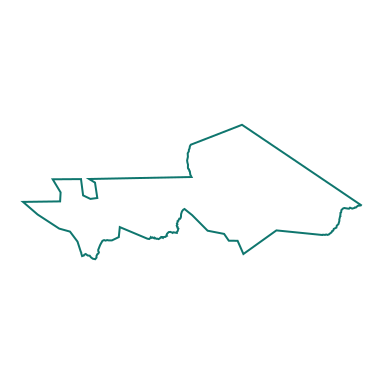 outline of Imbonggu District, Southern Highlands, Papua New Guinea
{"feature_id": "67681753B40256229749398", "entity_name": "Imbonggu District", "entity_type": "district", "adm_level": 2, "iso_a3": "PNG", "parent_name": "Papua New Guinea", "parent_adm1": "Southern Highlands", "projection": "orthographic", "projection_center": [143.894, -6.148], "detail": "fine", "context": "isolated", "style": "outline", "palette": "teal", "viewbox_px": 384, "rotation_deg": 0, "n_neighbors": 0, "source": "geoboundaries", "source_scale": "gbopen_adm2", "svg_char_len": 2026}
<svg xmlns="http://www.w3.org/2000/svg" viewBox="0 0 384 384"><path d="M361.0,205.1L289.5,156.8L242.0,124.8L205.5,139.0L190.8,144.7L189.9,146.2L189.5,148.6L188.9,149.7L188.8,151.4L187.7,153.3L187.9,156.9L187.1,160.4L187.4,162.5L188.0,164.7L187.9,167.3L188.1,168.6L189.0,169.3L189.3,170.9L189.8,171.2L190.3,174.7L191.5,177.0L89.1,179.0L95.0,182.6L97.3,198.0L90.4,198.9L83.1,195.4L81.0,179.1L52.7,179.3L60.6,192.4L60.1,201.4L23.0,201.9L37.6,214.5L59.2,228.6L70.0,231.6L77.5,241.6L80.8,251.8L81.2,252.4L81.3,253.6L82.1,256.1L83.9,255.5L84.3,254.7L85.7,254.0L87.7,255.5L89.7,255.7L90.9,257.3L92.8,258.7L95.2,259.2L96.5,257.6L96.5,255.9L97.4,254.1L98.3,253.6L98.9,252.2L98.3,251.3L98.2,249.9L100.1,245.1L101.1,243.2L102.5,240.8L104.1,240.1L105.5,240.6L107.1,240.1L108.7,240.4L111.9,240.4L118.8,237.1L119.8,227.1L147.4,238.7L149.2,239.0L150.3,238.1L150.8,237.1L151.8,237.9L152.6,237.4L154.2,238.3L154.6,237.7L156.3,238.8L157.5,238.7L158.5,239.1L159.5,238.6L160.9,237.3L162.3,237.7L162.0,237.0L164.0,237.1L164.5,236.9L165.5,236.9L166.3,236.0L166.9,235.8L166.5,235.1L167.1,233.7L168.7,232.1L170.4,231.9L171.5,232.4L172.3,232.5L172.7,232.9L173.5,232.3L176.8,232.9L176.8,232.1L177.5,231.4L178.4,228.6L177.6,228.0L177.7,227.1L177.1,226.8L176.7,225.5L177.4,224.5L176.9,223.6L177.5,222.5L177.6,221.1L178.3,220.9L178.6,220.0L179.3,218.7L180.0,218.8L180.7,217.8L181.0,216.5L181.0,215.5L181.1,214.1L181.9,211.6L182.4,210.8L183.3,209.7L184.5,209.0L192.1,215.1L207.6,230.7L224.1,233.9L228.8,240.7L237.6,240.8L243.4,254.0L276.4,230.4L279.4,230.7L282.4,231.0L322.4,235.0L322.9,234.7L325.1,234.9L326.1,234.5L327.5,234.9L329.0,234.4L329.3,234.0L331.6,232.3L331.9,231.3L333.2,230.6L333.8,228.9L336.4,227.6L336.8,225.6L338.4,224.2L339.4,220.8L339.3,219.7L340.0,216.7L340.5,216.1L340.2,215.4L340.5,214.1L340.4,213.0L341.1,212.4L341.4,210.1L343.0,208.5L344.3,208.0L347.2,208.5L349.0,208.7L350.0,207.7L352.2,208.6L354.6,207.9L355.0,207.4L355.9,207.5L357.8,205.8L359.5,205.6L360.8,205.4L361.0,205.1Z" fill="none" stroke="#0f766e" stroke-width="2"/></svg>